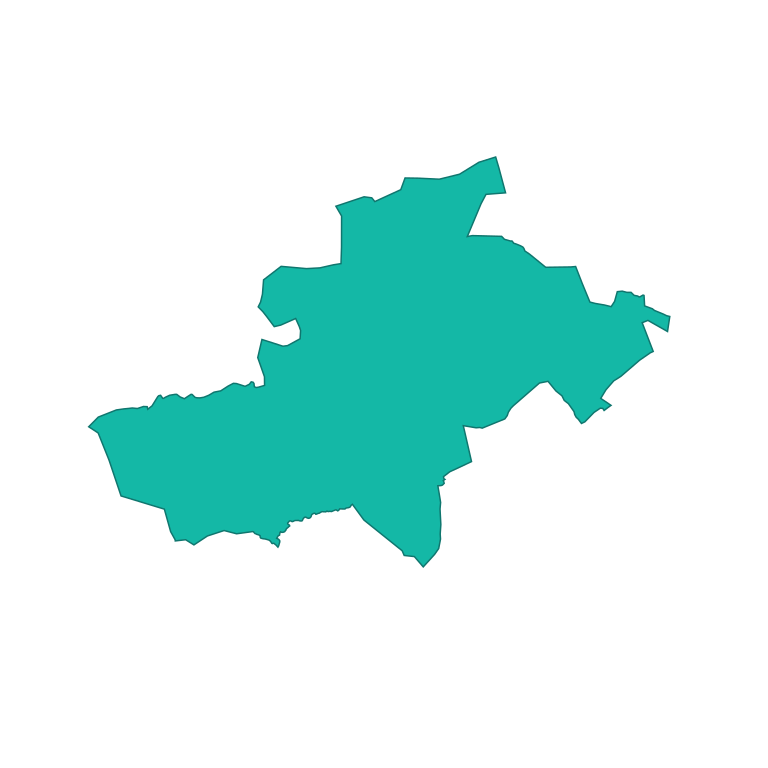 outline of Ingawa, Katsina, Nigeria, rotated 69°
{"feature_id": "59680162B27261417712833", "entity_name": "Ingawa", "entity_type": "district", "adm_level": 2, "iso_a3": "NGA", "parent_name": "Nigeria", "parent_adm1": "Katsina", "projection": "robinson", "projection_center": [8.123, 12.614], "detail": "fine", "context": "isolated", "style": "filled", "palette": "teal", "viewbox_px": 768, "rotation_deg": 69, "n_neighbors": 0, "source": "geoboundaries", "source_scale": "gbopen_adm2", "svg_char_len": 4163}
<svg xmlns="http://www.w3.org/2000/svg" viewBox="0 0 768 768"><g transform="rotate(69 384 384)"><path d="M436.6,100.5L423.4,93.0L421.5,95.7L418.8,98.2L415.6,101.6L412.3,105.1L409.9,106.5L409.3,107.2L404.5,112.7L394.5,109.5L393.8,110.3L394.3,113.7L394.2,114.6L392.8,115.6L390.9,118.7L387.0,120.5L385.5,124.4L382.7,128.3L381.4,133.1L389.5,139.1L393.2,144.2L389.3,149.8L384.5,157.9L381.3,162.4L361.2,162.9L343.0,163.0L341.6,167.9L340.8,170.0L333.0,191.2L314.9,201.6L310.3,204.8L307.6,204.8L305.9,205.3L303.9,207.0L300.8,210.3L298.9,212.6L298.0,212.7L297.7,212.8L297.1,213.0L296.7,213.1L296.3,213.3L296.2,213.6L296.1,214.3L292.1,219.7L290.1,220.5L288.3,221.3L277.1,248.4L276.2,253.4L250.5,228.8L243.5,220.8L249.1,202.0L223.4,199.3L212.1,198.4L211.0,215.9L215.2,238.3L212.6,259.0L204.2,278.1L199.2,290.5L208.6,298.7L210.4,327.2L205.8,328.7L202.1,335.5L200.8,365.2L212.0,363.4L241.0,374.6L256.2,381.0L254.6,388.5L252.6,402.3L248.5,415.0L237.3,437.9L243.6,459.1L256.6,465.3L263.3,469.9L266.9,473.8L273.0,471.2L278.8,469.4L291.1,465.9L292.0,459.3L291.2,443.0L300.0,442.5L304.2,442.7L311.7,446.1L313.6,460.3L312.5,464.8L298.7,482.0L314.1,492.4L334.4,493.0L342.5,496.0L342.4,497.4L342.0,502.3L341.5,504.6L340.1,506.0L338.4,505.6L336.9,505.2L335.4,505.6L334.4,507.2L336.0,509.8L336.4,514.5L330.7,521.6L329.4,524.4L330.1,530.4L331.9,538.9L330.7,545.6L331.7,551.6L331.8,556.9L331.0,560.9L329.8,563.7L328.7,565.2L326.3,566.3L325.0,566.9L324.5,567.8L325.4,572.2L326.2,575.6L323.1,578.9L319.4,581.2L318.8,582.7L317.7,588.1L318.0,592.8L318.4,594.9L318.1,595.7L314.5,596.6L314.2,598.4L314.7,599.7L321.3,608.4L322.2,611.4L322.9,613.6L320.3,613.2L318.8,616.6L318.5,623.0L316.2,627.6L315.2,631.5L314.0,635.8L312.3,643.2L312.5,662.6L318.1,675.0L327.3,668.4L354.9,668.0L355.1,668.0L357.0,668.0L394.3,669.6L422.1,633.9L445.4,636.1L454.6,634.8L455.7,635.1L458.3,625.0L466.1,619.1L462.6,603.3L463.5,585.8L471.0,575.3L474.3,561.3L474.6,559.8L475.2,558.8L476.3,558.5L477.3,558.1L477.9,557.4L478.9,556.5L479.8,555.2L481.1,554.1L483.0,554.5L483.8,554.2L485.1,552.4L486.1,550.5L487.2,549.0L488.5,547.3L489.8,546.5L491.5,546.0L492.3,545.9L492.9,545.5L493.1,544.3L493.5,543.7L494.4,543.3L495.5,542.6L498.3,541.5L497.3,540.3L495.4,538.9L494.1,537.9L493.0,537.5L491.7,537.8L490.7,538.4L489.6,539.5L488.6,538.2L487.7,537.0L487.7,535.7L486.8,535.2L486.0,534.7L485.4,534.3L484.9,533.6L485.8,532.7L486.2,531.7L486.3,530.7L486.3,529.7L485.7,528.8L485.4,528.1L484.6,527.5L484.1,526.7L483.7,525.7L483.4,524.7L482.9,523.7L482.8,523.0L482.1,522.8L481.5,523.1L480.7,523.7L480.0,524.0L479.4,523.8L479.1,523.5L478.6,522.4L478.2,521.7L478.0,520.8L478.6,520.0L479.2,519.5L479.6,519.0L479.7,517.9L479.5,516.4L479.8,515.2L480.3,514.0L480.6,512.9L481.3,512.1L481.7,511.5L482.2,510.5L482.4,509.6L481.9,508.8L481.2,508.2L480.6,507.3L480.1,506.4L480.0,505.4L480.3,504.7L481.0,504.2L481.7,503.5L482.3,502.7L482.5,501.8L482.4,500.9L482.1,500.2L481.5,499.5L480.9,499.0L480.1,498.4L479.8,497.5L479.7,496.8L479.6,495.7L479.8,495.1L480.3,494.6L481.0,494.5L481.3,493.7L481.2,492.0L481.4,490.8L481.1,489.1L480.9,487.7L481.6,486.3L482.5,484.1L482.2,482.8L483.1,481.9L483.4,480.4L484.3,478.6L484.2,477.3L484.2,475.7L484.2,473.9L485.9,472.6L485.6,471.4L484.7,470.1L486.1,466.8L486.7,465.3L486.2,463.7L486.7,461.7L486.8,460.0L486.2,459.0L485.4,458.1L485.0,456.6L503.8,451.5L546.2,426.8L551.3,426.6L556.0,417.5L568.8,412.9L561.2,397.8L557.2,391.9L549.0,386.8L544.2,385.3L535.6,381.3L520.8,376.5L514.9,373.6L506.3,371.8L498.3,370.2L499.0,368.0L499.3,366.9L499.3,365.6L498.3,363.4L496.4,363.2L495.4,363.3L494.9,361.3L494.1,361.9L493.3,362.0L492.6,361.8L491.8,361.6L489.5,354.0L487.8,330.1L451.3,324.9L457.9,313.7L458.9,310.2L460.4,308.1L459.9,283.7L457.7,280.3L454.9,278.0L452.1,274.2L450.6,270.9L438.8,238.5L440.3,229.9L452.1,226.0L458.8,222.1L464.0,221.6L468.4,218.9L477.9,216.5L480.9,216.9L482.4,216.7L483.9,216.5L486.6,215.2L489.2,214.5L491.6,213.8L491.3,210.0L485.8,198.1L484.1,190.7L485.2,188.5L487.6,188.0L486.2,183.2L485.3,179.7L475.1,186.8L468.9,178.8L463.4,168.4L461.7,160.0L453.4,136.9L450.3,124.2L450.2,122.3L450.1,121.0L419.3,121.0L419.2,114.8L436.6,100.5Z" fill="#14b8a6" stroke="#0f766e" stroke-width="1.5"/></g></svg>